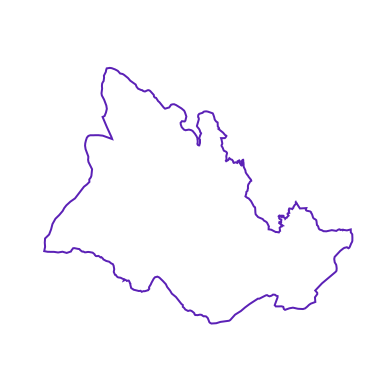 Sopotu Nou, Caras-Severin, Romania, rotated 353°
{"feature_id": "2599482B45172043222340", "entity_name": "Sopotu Nou", "entity_type": "district", "adm_level": 2, "iso_a3": "ROU", "parent_name": "Romania", "parent_adm1": "Caras-Severin", "projection": "albers", "projection_center": [21.877, 44.803], "detail": "fine", "context": "isolated", "style": "outline", "palette": "violet", "viewbox_px": 384, "rotation_deg": 353, "n_neighbors": 0, "source": "geoboundaries", "source_scale": "gbopen_adm2", "svg_char_len": 6062}
<svg xmlns="http://www.w3.org/2000/svg" viewBox="0 0 384 384"><g transform="rotate(353 192 192)"><path d="M301.0,316.2L301.2,311.5L303.9,308.6L304.0,307.3L302.3,304.8L309.9,298.5L324.8,288.8L325.8,287.8L326.3,285.3L326.3,282.8L326.2,281.7L325.1,279.2L325.0,275.8L325.7,273.8L332.0,268.5L335.1,266.6L336.4,266.0L339.0,265.7L340.4,266.9L341.3,266.5L342.1,265.4L343.7,262.5L344.8,261.0L345.2,260.0L345.6,257.1L345.9,253.5L344.7,251.4L345.0,248.5L341.1,249.0L337.8,248.1L337.2,248.3L337.1,247.8L334.6,247.8L334.1,247.1L333.6,247.0L332.6,247.2L330.5,248.2L326.1,246.9L320.5,247.4L317.7,246.9L316.4,245.9L314.1,244.8L313.4,243.8L313.1,241.8L312.7,240.8L312.0,240.0L312.0,236.5L311.9,235.1L311.1,234.2L309.7,233.2L309.1,232.3L308.4,228.6L307.8,227.6L307.8,226.7L306.9,225.7L303.5,224.5L303.0,224.0L302.8,223.2L303.5,221.9L297.1,221.5L294.7,216.5L294.7,216.1L294.0,215.2L293.8,214.6L293.7,214.7L293.8,216.4L292.4,217.4L291.4,218.6L290.9,219.2L290.7,220.0L289.5,221.1L289.1,220.7L288.6,220.8L286.6,220.2L286.2,220.7L285.8,222.0L286.1,222.6L285.7,223.5L286.0,224.6L284.4,224.9L284.1,225.4L285.0,227.2L283.5,228.3L283.0,229.0L282.4,229.0L281.3,229.9L281.2,229.3L280.5,228.8L279.9,228.0L279.9,226.8L279.7,226.7L278.6,226.5L278.5,227.5L278.2,227.9L277.7,227.6L277.4,226.7L276.2,226.0L275.7,226.1L275.0,226.7L275.0,226.9L275.6,227.4L275.7,227.8L275.3,228.6L275.7,229.4L277.2,230.2L277.3,230.5L277.1,231.3L276.7,232.0L276.9,232.7L276.7,233.2L276.0,233.1L275.1,232.5L274.7,233.4L276.1,234.8L276.3,235.3L277.1,235.5L278.0,236.4L277.2,236.5L277.0,237.1L275.7,237.4L274.6,238.3L274.7,241.3L274.3,241.4L273.3,242.7L271.1,242.0L270.3,242.0L266.1,239.1L263.5,238.4L263.9,235.7L264.1,235.5L262.7,231.5L261.6,230.3L260.0,229.2L258.8,227.4L254.6,225.0L252.5,222.0L252.4,220.3L252.7,216.3L252.7,214.9L251.7,214.0L249.5,208.3L247.4,205.2L246.4,204.7L244.5,202.9L245.6,200.3L246.0,198.5L247.3,197.5L247.5,196.4L248.1,195.0L248.1,193.8L248.5,192.1L249.0,191.1L249.7,190.5L250.8,188.9L252.2,188.1L252.0,187.0L250.1,183.9L249.5,182.5L248.7,181.3L247.7,179.2L247.6,176.9L246.5,173.7L246.4,172.0L246.6,171.0L246.7,168.7L246.5,168.1L246.7,167.3L246.7,166.3L246.2,166.3L244.7,167.8L244.8,169.2L245.1,170.4L245.0,171.0L244.5,171.7L244.0,171.4L243.9,170.8L242.2,168.0L242.2,167.5L243.1,167.1L242.7,166.4L240.9,167.1L240.3,168.6L239.0,167.9L238.1,167.9L237.5,168.2L237.0,168.2L236.7,167.8L236.4,166.1L235.7,164.9L234.5,164.3L233.2,163.0L231.9,164.7L229.7,165.6L229.4,165.1L230.0,164.3L230.3,163.2L230.4,160.6L231.5,157.8L231.4,157.1L230.9,156.3L228.6,154.8L227.7,151.3L227.1,150.4L227.0,149.2L227.8,148.1L228.0,147.3L227.7,143.5L227.4,142.1L231.1,142.5L232.0,141.9L233.0,140.6L233.0,140.4L231.7,139.4L230.1,136.9L226.2,132.9L226.7,132.8L226.5,131.6L225.6,130.1L225.9,126.1L224.5,124.9L223.4,122.9L223.1,120.1L222.5,117.4L222.1,116.4L217.6,114.2L216.0,113.7L214.8,113.6L213.2,113.8L212.2,114.7L208.7,115.3L207.6,116.4L207.2,118.3L207.7,119.5L207.6,120.8L204.9,127.1L205.4,128.3L206.6,130.1L207.2,131.7L207.5,133.5L208.2,134.8L207.0,136.8L205.6,139.7L206.3,141.1L205.9,144.3L204.9,146.6L204.2,146.5L203.5,145.9L203.2,144.9L203.7,143.4L203.9,141.7L203.8,140.5L203.9,139.1L203.2,137.0L202.0,134.5L200.0,131.4L198.5,130.4L196.5,129.7L193.1,129.9L191.6,129.1L189.7,126.4L189.1,123.7L189.1,122.0L190.6,120.5L193.3,121.1L194.1,120.4L195.6,116.4L194.7,112.0L194.1,110.3L191.8,107.8L186.7,103.7L184.9,102.7L183.2,102.6L181.8,102.9L179.7,105.3L175.4,106.0L174.2,104.7L170.7,99.0L169.5,97.7L167.8,94.2L166.6,93.7L165.9,92.6L165.9,91.0L162.7,86.5L161.7,85.8L161.2,85.6L160.4,85.6L157.6,86.5L156.7,86.2L155.8,85.8L155.2,85.0L154.0,84.6L151.1,82.9L149.8,80.8L149.2,78.5L144.3,74.0L142.4,71.1L138.9,67.5L137.5,66.4L135.1,65.6L133.1,62.7L130.5,60.9L127.4,59.3L125.6,58.8L122.4,58.9L121.6,60.6L121.1,62.3L118.7,65.9L118.7,67.6L117.8,71.1L116.8,72.2L116.0,73.5L115.5,75.9L115.4,78.4L114.2,83.0L114.3,85.2L116.0,89.6L117.5,95.8L117.6,99.1L116.3,102.6L114.5,105.9L112.4,106.6L115.4,117.1L118.7,127.5L119.2,129.7L110.3,125.2L106.0,124.2L97.9,123.3L96.0,123.7L94.3,125.2L93.0,127.9L92.0,130.6L91.5,133.0L91.6,136.5L93.4,144.1L93.2,145.7L92.8,147.2L92.9,149.6L95.6,157.2L94.1,163.7L93.3,165.2L91.6,167.0L91.4,169.5L88.6,171.7L85.4,173.6L75.1,184.1L70.2,186.7L65.7,189.9L63.3,192.3L61.3,195.1L57.4,198.7L53.2,201.9L49.6,206.8L47.6,211.9L45.0,216.8L40.5,220.2L39.7,224.3L39.5,228.5L38.1,232.7L41.6,233.8L47.7,234.6L51.7,235.7L56.2,235.5L60.2,237.2L64.6,236.3L65.3,235.2L67.2,233.3L68.5,233.4L71.7,234.5L73.2,234.9L74.3,236.4L75.8,237.8L77.0,237.9L78.0,238.7L79.0,238.9L81.5,238.8L83.2,239.2L86.0,240.1L87.7,241.9L87.9,242.7L88.8,243.8L89.8,244.1L91.2,244.0L92.1,244.6L93.3,245.8L94.1,245.6L95.5,247.3L95.8,248.1L98.5,250.0L101.3,251.1L103.2,253.1L104.6,253.9L105.2,255.5L105.4,259.1L104.6,261.8L105.5,264.8L106.3,265.1L107.0,266.5L107.9,267.5L108.5,267.8L110.7,268.4L112.6,269.7L114.0,270.3L114.0,270.8L113.6,271.5L115.0,271.0L116.3,271.9L116.5,272.3L118.0,272.1L118.5,272.3L119.0,273.6L119.3,275.0L119.5,275.1L119.7,275.6L119.5,276.4L119.9,279.8L120.3,280.3L121.3,281.0L122.0,281.8L127.2,283.8L129.0,283.8L129.9,284.9L131.8,284.5L133.1,284.7L136.6,284.1L136.8,283.6L137.7,283.0L137.8,282.4L137.7,281.7L137.9,281.1L139.9,278.6L140.7,277.2L143.5,273.3L144.9,272.1L147.4,271.8L149.1,272.9L149.6,273.5L152.2,276.7L154.8,280.3L155.8,283.3L158.2,287.2L159.6,290.4L163.3,294.3L167.9,301.9L169.1,303.0L168.9,304.9L170.0,306.0L171.0,307.8L173.6,309.6L175.6,309.3L177.1,310.0L179.0,311.9L179.6,312.8L179.6,313.6L180.2,314.5L182.6,314.9L185.0,314.7L186.7,315.2L187.3,316.0L188.6,316.9L189.5,316.8L190.9,317.3L192.3,319.1L193.4,323.4L193.9,324.0L195.2,324.9L200.1,325.2L204.4,324.4L213.1,324.3L214.3,323.8L219.8,319.0L226.0,316.1L230.7,313.0L235.6,310.2L244.4,305.9L245.8,306.1L252.7,303.6L253.9,303.5L255.2,304.5L256.3,305.0L258.3,304.6L259.9,303.7L261.8,304.1L262.9,305.2L264.3,305.8L264.0,307.2L260.3,314.4L261.3,315.8L267.0,316.4L268.6,317.1L268.9,319.3L270.0,320.3L274.5,319.3L278.1,319.1L282.9,320.8L287.9,321.7L290.1,321.3L292.3,319.9L294.4,318.3L296.3,317.3L301.0,316.2Z" fill="none" stroke="#5b21b6" stroke-width="2"/></g></svg>